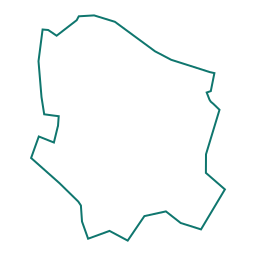 outline of Norfolk, Virginia, United States of America
{"feature_id": "52423323B60127042569296", "entity_name": "Norfolk", "entity_type": "district", "adm_level": 2, "iso_a3": "USA", "parent_name": "United States of America", "parent_adm1": "Virginia", "projection": "orthographic", "projection_center": [-76.263, 36.895], "detail": "fine", "context": "isolated", "style": "outline", "palette": "teal", "viewbox_px": 256, "rotation_deg": 0, "n_neighbors": 0, "source": "geoboundaries", "source_scale": "gbopen_adm2", "svg_char_len": 637}
<svg xmlns="http://www.w3.org/2000/svg" viewBox="0 0 256 256"><path d="M165.9,211.4L180.7,223.0L201.0,229.4L224.9,189.4L205.9,172.9L206.0,154.3L219.5,109.8L213.4,103.9L210.8,101.7L209.5,99.7L206.7,92.5L210.8,91.1L214.4,73.1L209.8,72.1L183.5,63.7L171.2,59.8L155.0,51.3L119.8,25.4L114.9,21.8L94.1,15.4L78.8,16.3L78.5,16.8L76.7,20.2L56.6,35.7L48.2,30.0L42.6,29.5L38.5,61.2L41.5,97.1L44.2,114.3L53.1,115.5L58.7,116.2L58.0,126.0L57.7,126.9L53.9,142.5L38.8,136.5L35.0,147.1L31.1,158.0L59.4,183.1L78.3,201.6L80.9,205.5L82.0,221.5L88.1,238.7L109.5,230.9L127.7,240.6L144.4,216.1L165.9,211.4Z" fill="none" stroke="#0f766e" stroke-width="2"/></svg>